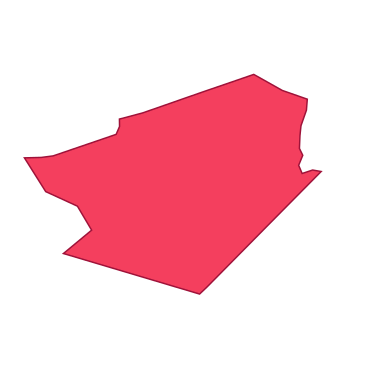 Mar Vermelho, Alagoas, Brazil, rotated 157°
{"feature_id": "56859067B23677371682445", "entity_name": "Mar Vermelho", "entity_type": "district", "adm_level": 2, "iso_a3": "BRA", "parent_name": "Brazil", "parent_adm1": "Alagoas", "projection": "orthographic", "projection_center": [-36.41, -9.467], "detail": "fine", "context": "isolated", "style": "filled", "palette": "rose", "viewbox_px": 384, "rotation_deg": 157, "n_neighbors": 0, "source": "geoboundaries", "source_scale": "gbopen_adm2", "svg_char_len": 505}
<svg xmlns="http://www.w3.org/2000/svg" viewBox="0 0 384 384"><g transform="rotate(157 192 192)"><path d="M332.9,288.9L326.5,249.5L303.0,223.7L299.3,196.1L334.4,185.6L224.9,95.1L215.3,98.7L136.8,131.0L65.1,160.4L72.4,165.1L83.4,166.0L83.4,174.9L75.7,182.5L76.1,190.1L70.6,201.7L65.8,210.4L54.7,222.6L49.6,232.4L69.2,250.2L89.2,276.1L143.0,279.9L156.6,280.8L206.7,284.1L230.3,287.5L233.1,280.6L239.3,274.7L305.7,279.5L317.2,282.7L332.9,288.9Z" fill="#f43f5e" stroke="#9f1239" stroke-width="1.5"/></g></svg>